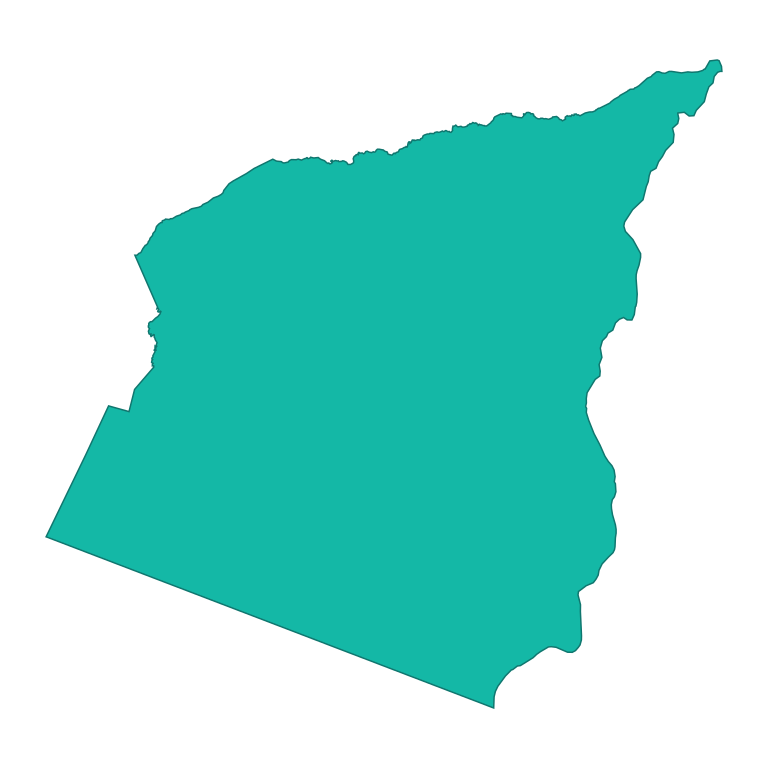 Nkeyema, Western, Zambia
{"feature_id": "96606910B42234900410364", "entity_name": "Nkeyema", "entity_type": "district", "adm_level": 2, "iso_a3": "ZMB", "parent_name": "Zambia", "parent_adm1": "Western", "projection": "natural_earth1", "projection_center": [25.215, -14.864], "detail": "fine", "context": "isolated", "style": "filled", "palette": "teal", "viewbox_px": 768, "rotation_deg": 0, "n_neighbors": 0, "source": "geoboundaries", "source_scale": "gbopen_adm2", "svg_char_len": 6091}
<svg xmlns="http://www.w3.org/2000/svg" viewBox="0 0 768 768"><path d="M85.9,454.5L46.1,536.8L493.7,708.0L494.1,696.8L495.4,691.4L497.9,686.2L505.4,676.0L511.4,669.9L512.7,669.6L517.4,666.0L520.4,665.6L533.1,657.7L536.7,654.3L540.5,651.6L548.5,646.9L551.3,646.7L556.2,647.3L567.5,652.2L572.3,652.3L575.5,650.6L578.2,647.5L580.0,645.0L581.4,640.0L581.5,635.8L580.4,611.5L580.5,604.7L578.0,594.9L578.5,591.5L586.2,585.7L593.3,582.7L596.1,579.0L598.2,575.1L599.0,570.3L602.1,563.9L608.5,557.0L613.0,552.7L614.5,549.6L615.0,546.8L615.4,537.8L616.1,533.2L616.1,529.3L615.4,524.8L612.5,514.7L611.5,508.6L611.3,504.7L612.3,499.7L614.4,496.8L615.9,491.8L615.4,483.7L614.3,481.8L615.1,476.6L614.1,470.1L612.0,465.8L608.3,461.5L604.9,456.2L600.0,445.1L594.0,433.6L588.6,420.0L586.3,412.5L586.6,408.3L585.8,407.0L585.7,406.0L586.4,403.0L586.3,398.5L587.1,392.7L595.2,379.4L599.8,376.0L600.2,371.1L599.1,364.6L601.9,357.4L600.3,348.1L602.4,340.7L606.4,336.7L608.0,333.1L612.8,330.1L615.5,322.9L619.3,319.3L623.6,317.5L627.1,319.9L631.9,320.0L634.3,314.6L635.3,306.8L635.9,306.2L636.7,302.3L637.2,294.1L636.1,278.5L636.2,274.7L637.1,270.6L639.0,265.2L640.6,257.4L640.6,253.6L632.9,239.6L625.4,231.4L623.8,226.1L624.6,222.0L632.6,209.7L643.0,199.8L646.3,186.5L648.2,181.8L649.2,175.6L650.7,171.3L656.0,168.3L658.6,161.7L662.4,156.5L665.6,150.4L673.2,142.4L674.0,134.5L672.5,128.2L677.7,123.5L678.8,118.5L677.8,113.8L677.9,113.0L684.3,112.3L689.1,116.0L693.9,115.7L696.3,110.3L704.3,101.7L706.3,94.0L708.9,86.8L713.0,82.9L714.2,76.5L717.6,72.3L720.0,71.4L721.9,71.4L721.5,66.4L719.1,60.7L717.3,60.0L709.8,60.9L705.1,69.1L704.4,69.1L702.6,70.5L697.9,71.9L691.8,72.3L687.9,71.9L681.5,72.9L671.5,71.4L669.2,71.4L665.1,73.3L662.1,73.0L658.9,71.7L656.5,71.9L652.3,75.2L651.2,76.6L647.4,78.2L639.0,85.7L636.1,87.5L634.8,87.9L633.7,89.1L630.1,89.3L629.1,90.2L628.3,90.3L627.6,91.2L620.1,95.4L618.9,96.7L614.4,99.2L611.2,101.6L609.8,103.1L599.3,108.3L598.4,108.3L596.3,109.9L595.9,109.9L595.6,110.5L594.6,111.1L592.5,111.9L589.4,112.0L585.2,113.0L580.0,115.8L578.3,114.8L577.2,115.0L576.3,114.0L574.2,114.2L574.2,115.2L573.7,115.5L571.9,114.9L570.9,116.4L570.1,115.9L567.9,116.2L567.2,115.7L565.3,117.1L565.1,118.2L565.5,118.6L565.5,119.2L562.4,120.8L561.1,119.7L559.5,119.4L558.6,118.0L556.6,116.5L552.6,117.0L552.1,117.9L548.7,119.3L545.6,118.6L544.1,118.9L542.7,118.3L540.6,118.3L539.8,118.9L538.0,118.8L536.0,117.8L534.4,116.1L533.6,115.8L533.6,114.4L533.1,113.9L531.9,113.6L530.8,113.9L530.0,112.8L528.3,112.4L526.5,112.6L524.9,114.6L524.2,113.9L523.7,113.8L523.5,114.0L523.8,115.3L523.4,116.3L521.8,117.8L517.0,117.2L515.1,116.5L513.0,116.6L512.7,115.8L511.7,115.6L511.3,115.2L511.6,114.2L511.3,113.5L506.0,113.2L504.9,114.1L502.9,113.7L502.2,114.4L500.9,113.9L494.9,116.8L493.8,118.2L493.7,119.3L492.5,120.9L491.4,121.7L490.9,122.7L486.6,126.0L484.5,125.9L484.2,125.5L483.2,125.6L481.5,124.9L480.2,124.8L479.5,124.3L478.3,125.3L478.2,124.5L477.1,124.0L476.6,123.2L475.4,122.9L474.7,123.3L472.8,122.5L471.6,123.6L470.2,124.0L469.9,123.7L468.6,124.9L467.9,125.0L467.3,125.5L467.2,126.2L464.1,127.1L462.4,127.1L461.0,126.3L458.0,126.9L456.7,126.1L455.8,125.1L454.4,126.1L452.9,126.2L452.9,127.4L452.6,127.7L452.4,129.3L452.6,130.5L451.0,132.4L450.1,132.3L449.2,131.4L448.0,131.7L446.1,130.6L445.5,130.6L444.2,131.5L443.5,131.6L442.4,131.0L439.8,132.2L438.1,132.3L437.1,131.9L434.8,132.5L433.8,133.6L429.9,133.4L429.0,134.0L427.3,134.0L424.2,135.1L423.0,136.0L422.5,137.9L420.7,138.7L419.9,140.0L417.7,139.8L414.8,140.6L414.3,140.1L413.5,140.4L413.2,140.0L412.3,140.0L411.0,142.6L410.1,143.2L410.4,142.1L409.0,141.8L408.2,142.8L407.4,146.5L407.0,147.1L406.0,146.6L405.7,147.2L404.3,147.4L402.2,148.7L399.9,149.3L399.3,149.8L398.4,151.8L396.3,152.5L395.1,153.7L394.7,153.2L393.9,153.2L391.9,155.2L388.1,154.2L387.2,152.0L384.7,151.2L383.4,150.0L379.1,149.2L377.4,149.2L376.3,150.2L375.4,151.7L374.8,152.0L374.2,152.2L373.3,151.8L371.6,152.6L369.2,152.2L367.2,151.2L365.7,151.6L364.6,153.3L363.6,153.8L362.4,153.0L359.5,153.2L359.1,152.5L358.6,152.5L358.1,153.4L358.2,154.6L357.4,154.4L355.9,154.9L355.8,155.7L354.6,156.0L353.9,156.8L353.2,158.7L353.7,160.9L353.6,162.4L352.8,163.3L350.5,164.5L347.8,164.4L347.3,163.3L346.2,162.1L343.9,161.0L342.7,160.8L341.5,161.4L338.9,161.6L338.3,160.8L337.2,161.0L335.6,160.5L333.2,161.3L331.9,160.2L330.9,160.9L330.9,161.4L332.1,162.2L332.3,162.7L330.7,163.8L329.8,163.9L328.8,163.0L327.9,163.4L326.8,162.8L324.5,160.7L320.5,159.2L318.2,157.5L313.8,158.0L310.6,157.2L309.8,158.2L308.2,158.6L307.6,158.5L307.2,157.7L306.7,157.7L305.7,158.5L304.7,158.6L301.4,160.1L298.2,159.1L296.2,159.7L291.4,159.6L289.3,160.7L288.3,162.0L284.1,163.0L282.7,162.7L281.3,161.6L276.5,161.1L272.8,159.2L254.2,168.4L246.2,173.7L233.3,180.9L229.1,183.7L223.8,190.4L223.1,192.7L221.2,194.5L218.2,196.2L213.3,198.0L208.0,202.2L202.9,204.5L201.4,206.2L198.6,207.3L191.9,208.7L189.7,209.8L189.2,210.5L185.2,212.1L184.3,212.9L182.0,213.5L180.4,214.9L176.4,216.2L172.5,218.6L170.4,218.7L169.3,219.5L165.5,219.1L164.6,220.0L162.7,220.6L162.2,221.0L162.1,222.5L160.8,222.6L158.7,224.1L156.5,226.5L155.2,230.9L153.0,233.4L152.5,235.5L150.1,238.2L149.4,240.4L148.3,241.6L148.2,242.5L147.3,244.0L145.8,245.3L145.3,245.3L142.9,248.6L141.1,252.1L140.6,252.7L138.9,253.4L137.0,255.2L134.9,255.2L157.5,306.9L156.9,308.8L158.3,308.4L158.8,309.6L157.7,311.2L158.2,312.0L159.3,312.0L160.6,311.2L160.9,311.5L160.0,314.0L157.8,316.6L155.5,318.2L152.1,321.6L150.7,321.7L149.4,322.4L148.7,323.7L148.8,325.3L148.3,325.9L148.5,327.6L149.5,328.5L148.4,331.2L149.0,333.8L149.7,334.2L151.0,334.1L150.6,335.8L151.1,336.5L153.7,334.6L154.2,334.9L154.2,337.1L155.1,338.6L155.2,339.6L157.1,342.7L156.3,344.7L156.7,346.4L156.1,346.6L155.1,345.9L155.0,347.9L155.9,347.7L155.6,348.7L155.9,350.0L155.1,349.8L155.0,349.3L154.3,349.8L154.2,350.3L155.1,350.7L154.9,351.9L152.9,355.7L153.0,357.0L152.1,357.8L151.9,358.7L151.9,359.1L152.6,359.6L151.8,360.9L151.6,362.4L153.1,363.3L152.4,364.0L152.3,365.9L153.6,365.8L153.8,367.1L134.6,389.4L129.0,411.6L108.6,405.9L85.9,454.5Z" fill="#14b8a6" stroke="#0f766e" stroke-width="1.5"/></svg>